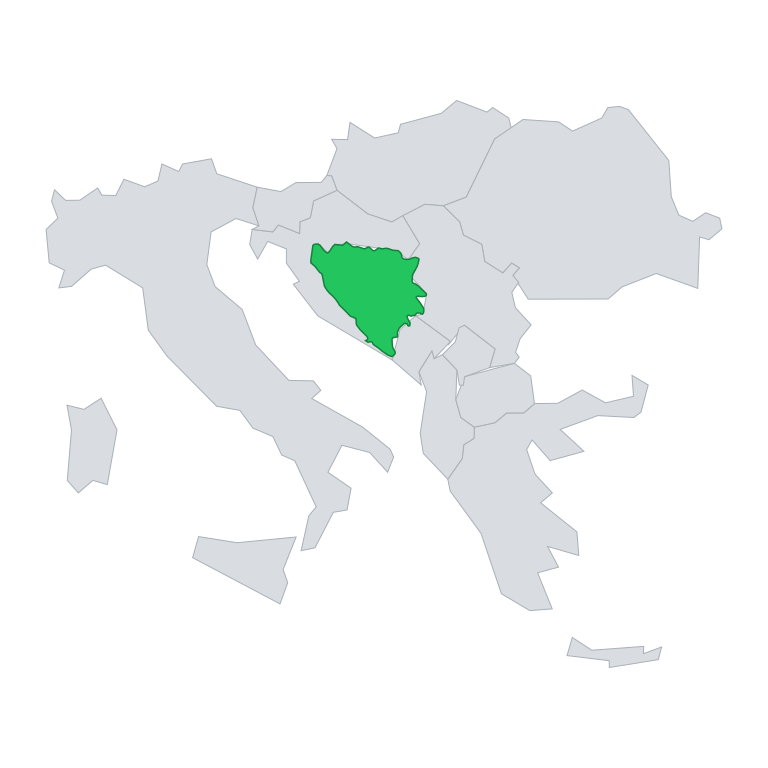 Bosnia and Herzegovina highlighted among its neighbors
{"feature_id": "BIH", "entity_name": "Bosnia and Herzegovina", "entity_type": "country or territory", "adm_level": 0, "iso_a3": "BIH", "parent_name": "Europe", "parent_adm1": "", "projection": "orthographic", "projection_center": [18.137, 43.918], "detail": "fine", "context": "with_neighbors", "style": "filled", "palette": "green", "viewbox_px": 768, "rotation_deg": 0, "n_neighbors": 11, "source": "natural_earth", "source_scale": "50m", "svg_char_len": 6246}
<svg xmlns="http://www.w3.org/2000/svg" viewBox="0 0 768 768"><path d="M492.7,107.5L508.8,118.1L511.5,129.2L494.7,138.9L466.3,197.1L443.3,205.8L425.0,204.3L391.9,222.0L367.7,213.9L337.0,190.3L331.7,176.0L326.9,175.4L337.0,148.6L331.7,139.3L347.6,139.6L350.0,122.4L374.6,138.0L398.3,132.8L400.5,124.3L441.3,113.3L456.6,100.5L487.0,112.1L492.7,107.5Z" fill="#d9dde1" stroke="#a8b0b8" stroke-width="1"/><path d="M678.9,215.2L692.8,221.3L705.6,212.8L719.7,218.1L721.9,228.8L709.0,239.7L699.6,237.0L697.8,288.4L656.2,273.5L622.0,286.9L608.1,299.0L528.3,299.2L512.8,275.4L519.3,267.9L511.7,263.1L502.8,273.0L484.8,261.5L481.7,244.3L463.4,235.1L459.6,221.8L443.3,205.8L466.3,197.1L494.7,138.9L523.0,119.5L558.7,121.9L572.5,131.1L601.8,118.0L607.8,107.6L619.5,106.4L628.4,109.6L668.8,160.5L671.3,196.8L678.9,215.2Z" fill="#d9dde1" stroke="#a8b0b8" stroke-width="1"/><path d="M661.6,647.0L658.3,659.6L609.3,667.5L609.2,660.7L567.0,655.6L572.3,637.5L591.8,650.2L643.7,646.4L643.4,653.7L661.6,647.0ZM534.5,403.6L557.8,403.3L582.2,390.0L605.4,402.8L633.5,396.3L632.0,375.4L648.2,385.0L641.0,412.1L633.9,417.5L597.8,415.6L560.2,429.4L583.9,451.3L550.2,460.6L532.1,440.0L526.6,449.5L535.0,474.2L552.3,492.9L540.6,502.8L576.9,531.9L578.8,555.5L547.6,546.5L558.5,567.1L537.6,572.8L552.2,608.9L529.8,610.6L501.4,593.8L481.0,533.3L450.2,491.1L447.8,479.2L462.3,458.4L463.8,444.7L474.0,438.3L474.3,427.2L494.9,422.7L506.6,413.0L523.8,412.9L534.5,403.6Z" fill="#d9dde1" stroke="#a8b0b8" stroke-width="1"/><path d="M474.3,427.2L474.0,438.3L463.8,444.7L462.3,458.4L447.8,479.2L423.3,453.4L420.2,433.4L426.6,391.6L418.9,371.7L432.0,350.7L434.2,358.6L442.4,354.7L456.9,369.9L455.8,399.5L460.8,417.4L474.3,427.2Z" fill="#d9dde1" stroke="#a8b0b8" stroke-width="1"/><path d="M337.0,190.3L367.7,213.9L391.9,222.0L402.8,215.6L419.7,243.7L408.4,259.7L394.9,250.5L348.9,243.9L335.0,244.6L328.4,253.2L318.0,243.3L311.3,260.5L368.3,336.9L395.6,352.8L392.2,360.0L317.8,315.9L293.3,284.2L299.4,281.3L286.4,263.1L286.4,248.9L267.7,241.4L257.7,259.1L249.7,244.6L252.2,229.4L272.7,231.9L278.4,225.0L299.6,233.5L299.9,221.8L310.3,217.8L313.6,200.9L337.0,190.3Z" fill="#d9dde1" stroke="#a8b0b8" stroke-width="1"/><path d="M161.9,164.0L178.7,171.5L182.7,163.9L211.5,158.8L216.8,173.8L257.2,187.2L252.9,207.7L259.0,225.9L236.0,218.5L211.1,231.9L206.8,264.5L215.1,286.6L242.2,309.5L255.7,345.0L288.9,380.4L313.4,380.9L320.8,390.4L311.7,398.5L362.9,427.3L390.2,449.3L393.6,457.1L387.6,472.2L369.7,452.5L341.9,445.3L327.9,472.3L351.1,488.2L347.0,510.0L333.3,512.3L315.0,547.8L301.1,550.7L308.9,515.6L316.2,506.9L294.8,460.8L281.7,455.0L272.9,436.6L252.8,428.0L239.9,410.4L216.7,406.3L167.1,356.2L148.3,330.2L142.7,287.9L105.5,265.1L91.2,269.1L71.6,286.4L58.8,287.9L64.5,270.2L49.2,262.8L46.1,229.5L57.9,218.2L51.6,201.4L54.5,189.8L65.6,200.4L79.8,200.2L97.7,188.0L101.9,195.2L115.8,195.5L123.9,179.3L144.6,186.8L158.0,181.0L161.9,164.0ZM237.0,542.7L296.1,537.0L283.1,569.5L287.7,582.7L280.0,603.9L192.6,557.7L198.6,536.6L237.0,542.7ZM84.0,409.4L101.1,398.2L117.0,429.8L107.3,484.6L92.9,480.4L78.3,492.9L67.3,480.4L71.5,429.9L67.0,405.2L84.0,409.4Z" fill="#d9dde1" stroke="#a8b0b8" stroke-width="1"/><path d="M257.2,187.2L280.9,191.6L295.9,182.6L321.2,182.4L326.9,175.4L331.7,176.0L337.0,190.3L313.6,200.9L310.3,217.8L299.9,221.8L299.6,233.5L278.4,225.0L272.7,231.9L252.2,229.4L259.0,225.9L252.9,207.7L257.2,187.2Z" fill="#d9dde1" stroke="#a8b0b8" stroke-width="1"/><path d="M514.4,363.3L530.7,375.9L534.5,403.6L523.8,412.9L506.6,413.0L494.9,422.7L474.3,427.2L460.8,417.4L455.8,399.5L464.5,376.7L514.4,363.3Z" fill="#d9dde1" stroke="#a8b0b8" stroke-width="1"/><path d="M402.8,215.6L425.0,204.3L443.3,205.8L459.6,221.8L463.4,235.1L481.7,244.3L484.8,261.5L502.8,273.0L511.7,263.1L519.3,267.9L512.8,275.4L518.7,282.4L511.8,292.3L515.3,307.6L531.1,324.9L520.1,338.7L515.6,352.3L519.2,357.1L514.4,363.3L489.6,367.6L495.0,349.0L464.5,325.3L448.0,345.1L450.4,341.5L415.5,315.8L422.7,313.9L426.8,294.0L412.0,278.0L419.2,259.4L408.4,259.7L419.7,243.7L402.8,215.6Z" fill="#d9dde1" stroke="#a8b0b8" stroke-width="1"/><path d="M450.4,341.5L434.2,358.6L432.0,350.7L418.9,371.7L421.2,385.0L392.2,360.0L400.0,329.6L415.5,315.8L450.4,341.5Z" fill="#d9dde1" stroke="#a8b0b8" stroke-width="1"/><path d="M459.4,385.1L456.9,369.9L442.4,354.7L455.3,341.9L459.1,327.8L464.5,325.3L495.0,349.0L489.6,367.6L464.5,376.7L463.4,385.3L459.4,385.1Z" fill="#d9dde1" stroke="#a8b0b8" stroke-width="1"/><path d="M418.7,258.7L418.9,259.6L418.3,262.9L417.1,266.5L415.1,270.2L413.0,273.7L412.4,275.5L412.3,278.4L412.1,280.7L412.4,282.0L413.1,283.1L415.5,284.0L418.8,286.3L421.6,289.2L425.2,292.6L426.3,293.8L426.3,295.2L425.3,296.2L422.3,296.6L419.1,296.4L417.9,296.1L416.8,296.5L416.1,297.3L416.5,298.2L419.8,302.3L423.6,308.2L423.9,310.7L423.5,312.7L422.6,314.1L421.0,313.9L419.8,312.9L418.0,313.0L416.6,313.3L414.8,315.5L413.9,315.4L412.3,315.7L411.3,316.2L409.7,315.6L408.1,315.2L407.4,315.8L407.0,317.1L408.1,319.4L410.1,322.9L409.8,325.7L408.3,326.0L406.9,323.7L405.7,323.4L404.4,323.4L401.3,326.1L399.0,328.3L398.5,329.9L397.7,331.6L397.4,332.8L397.5,336.9L393.3,337.6L392.5,338.2L392.0,339.4L392.3,344.6L392.7,347.5L395.1,351.8L395.2,353.2L394.8,354.1L393.2,355.8L392.3,356.4L391.8,356.6L389.0,355.5L387.7,355.0L382.1,351.1L379.7,349.0L375.8,346.2L373.4,344.6L372.2,342.2L370.3,341.6L368.1,342.4L365.5,340.6L367.3,339.8L367.8,338.9L367.6,337.8L366.8,336.3L360.0,329.6L356.7,325.1L356.2,323.5L356.2,319.2L355.4,318.2L350.4,316.2L344.9,310.5L339.3,305.0L338.5,303.4L335.6,299.2L332.1,295.4L329.3,293.0L327.0,290.2L324.5,286.3L323.3,280.5L322.3,275.4L321.5,273.4L319.9,272.6L315.0,266.4L310.8,262.8L311.0,259.0L311.9,252.6L312.9,245.4L313.9,244.5L315.9,244.0L318.1,244.2L320.0,245.2L323.7,250.2L325.8,252.2L327.7,253.0L329.9,250.9L332.6,246.6L334.9,244.4L342.6,245.3L346.5,242.0L352.5,246.5L355.0,247.2L356.5,246.6L358.4,246.9L362.7,248.3L363.7,248.8L365.0,248.7L368.2,247.0L369.3,247.2L372.9,250.6L374.7,250.7L376.9,249.2L378.3,248.0L382.5,248.9L384.9,248.4L386.9,248.3L389.1,248.9L391.0,249.6L393.0,250.3L398.1,250.6L400.6,252.8L401.6,254.8L401.7,256.1L401.9,257.5L403.4,258.8L406.5,259.5L408.5,259.3L409.5,259.2L412.2,258.0L415.3,257.3L417.6,258.0L418.7,258.7Z" fill="#22c55e" stroke="#15803d" stroke-width="1.5"/></svg>